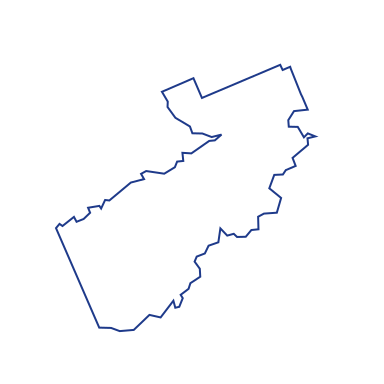 the district of Sutter, California, United States of America, rotated 247°
{"feature_id": "52423323B19973672472498", "entity_name": "Sutter", "entity_type": "district", "adm_level": 2, "iso_a3": "USA", "parent_name": "United States of America", "parent_adm1": "California", "projection": "natural_earth1", "projection_center": [-121.688, 39.02], "detail": "fine", "context": "isolated", "style": "outline", "palette": "blue", "viewbox_px": 384, "rotation_deg": 247, "n_neighbors": 0, "source": "geoboundaries", "source_scale": "gbopen_adm2", "svg_char_len": 1213}
<svg xmlns="http://www.w3.org/2000/svg" viewBox="0 0 384 384"><g transform="rotate(247 192 192)"><path d="M296.0,203.5L284.7,205.0L279.8,202.7L266.8,205.7L253.1,215.7L245.9,215.3L241.8,224.4L234.9,231.6L233.3,241.6L230.6,233.2L232.3,227.8L227.8,206.5L231.8,198.5L224.0,196.1L225.8,190.2L221.5,185.9L219.7,173.6L229.2,158.0L228.6,152.2L222.6,152.9L224.6,139.4L216.5,112.6L218.6,108.9L212.3,101.9L215.4,101.3L218.1,90.2L212.7,90.1L209.5,81.7L209.7,74.1L215.2,73.6L211.3,59.5L214.4,57.6L211.9,52.7L103.4,53.6L98.5,64.4L92.2,71.1L87.8,84.5L95.5,104.8L88.8,114.1L99.2,132.4L92.0,131.4L91.3,135.4L97.9,142.0L101.8,141.4L104.2,151.0L108.7,154.9L110.8,166.5L118.3,169.2L126.9,167.2L130.7,171.1L130.4,179.8L136.1,186.3L135.4,196.6L147.4,203.9L138.1,207.4L137.2,214.1L133.0,215.9L129.8,224.0L133.8,231.8L131.7,238.6L143.4,243.2L144.0,249.8L139.8,262.0L151.7,271.7L165.2,264.6L175.6,274.4L172.6,282.5L175.5,286.9L175.5,297.6L184.1,297.9L190.1,317.3L196.3,319.3L195.0,327.2L200.7,321.5L198.6,316.4L210.6,314.8L214.3,306.6L220.5,308.7L226.6,317.5L222.6,330.7L236.4,330.7L239.4,330.5L266.9,331.1L268.9,331.3L268.9,323.1L274.6,322.9L274.7,237.9L296.2,237.8L296.0,203.5Z" fill="none" stroke="#1e3a8a" stroke-width="2"/></g></svg>